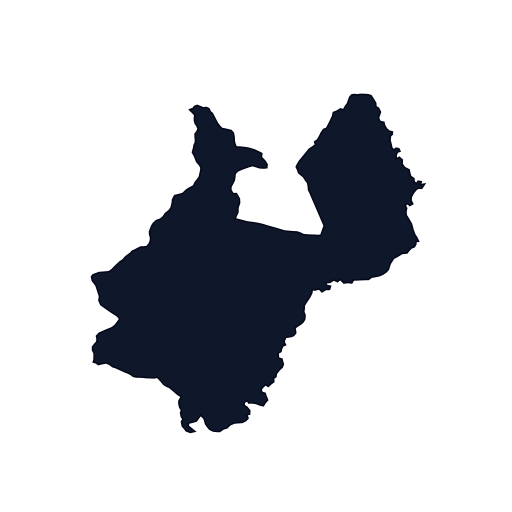 Mogi Guaçu, São Paulo, Brazil, rotated 288°
{"feature_id": "56859067B6849718148142", "entity_name": "Mogi Guaçu", "entity_type": "district", "adm_level": 2, "iso_a3": "BRA", "parent_name": "Brazil", "parent_adm1": "São Paulo", "projection": "mercator", "projection_center": [-47.009, -22.234], "detail": "fine", "context": "isolated", "style": "filled", "palette": "ink", "viewbox_px": 512, "rotation_deg": 288, "n_neighbors": 0, "source": "geoboundaries", "source_scale": "gbopen_adm2", "svg_char_len": 5235}
<svg xmlns="http://www.w3.org/2000/svg" viewBox="0 0 512 512"><g transform="rotate(288 256 256)"><path d="M104.8,134.0L104.9,136.8L104.0,139.6L106.1,143.0L108.0,146.6L107.6,150.7L106.4,153.7L106.5,156.6L106.1,160.2L105.8,162.9L105.3,167.0L105.1,170.8L104.5,173.9L103.6,176.5L103.9,179.5L105.5,184.7L106.4,189.1L107.5,192.8L108.6,196.9L110.2,199.7L107.9,203.8L105.4,207.8L104.6,210.7L104.3,214.1L103.2,217.0L100.1,224.4L99.2,228.3L96.6,227.9L94.0,227.5L91.3,228.5L88.4,230.3L86.2,232.8L83.5,232.7L80.0,234.7L78.4,236.9L75.3,236.3L71.4,238.5L69.6,241.6L68.1,243.6L67.9,248.1L70.3,252.1L73.4,244.1L76.2,243.5L79.0,248.1L80.7,250.4L85.0,251.7L87.4,252.6L85.8,256.1L83.9,257.9L80.7,259.9L78.3,263.1L76.9,265.4L76.3,269.4L77.0,272.8L77.9,275.8L81.4,278.4L83.5,281.5L87.5,283.6L90.5,287.1L93.5,294.4L96.4,297.3L99.3,298.6L102.2,296.2L103.5,298.8L107.0,297.9L109.5,294.0L110.3,290.9L113.2,290.0L115.8,292.7L113.9,294.4L115.0,297.3L115.8,301.6L115.5,305.4L115.8,309.3L119.2,310.1L122.6,311.6L126.0,308.7L128.3,307.1L128.1,304.1L130.5,302.0L133.8,303.3L136.5,304.8L135.7,308.0L139.1,309.8L141.8,311.8L145.3,310.5L147.2,312.3L150.5,311.7L154.9,313.4L158.5,315.4L161.7,315.4L163.9,313.8L166.0,312.6L166.0,308.9L170.5,307.1L172.8,309.3L175.4,309.0L178.7,309.3L180.6,311.6L183.0,309.2L187.7,309.3L190.3,314.4L192.0,316.4L195.1,317.6L199.5,315.4L201.6,316.7L205.3,319.7L207.8,321.2L210.8,321.9L214.8,321.0L217.8,318.6L221.2,318.1L224.0,317.2L229.9,318.8L234.0,319.9L238.1,320.5L241.2,319.9L241.9,322.6L244.2,326.3L242.2,329.9L245.6,332.6L247.0,336.3L250.4,336.2L249.8,332.6L251.9,330.5L253.8,334.6L257.2,337.3L256.8,341.6L259.8,343.2L257.4,348.0L259.2,351.5L259.9,355.4L263.3,356.2L264.9,360.5L266.8,365.5L268.5,370.3L271.7,372.6L272.9,375.1L275.1,379.0L277.8,382.2L281.4,384.9L284.2,386.1L290.1,386.0L296.4,387.7L299.3,390.6L303.5,394.1L305.5,398.7L308.2,399.6L311.5,401.2L313.7,403.8L316.7,404.4L319.1,403.6L320.2,406.1L323.4,403.0L325.2,400.6L329.3,397.3L334.4,394.1L338.8,389.2L341.2,386.3L344.1,385.0L348.0,384.5L350.2,382.2L352.7,383.9L351.5,386.7L354.0,389.0L356.9,386.2L360.0,385.5L363.1,385.9L365.6,386.6L368.5,387.7L370.7,389.4L371.5,392.7L376.6,394.2L374.6,390.1L377.7,390.3L377.3,387.1L374.2,385.9L375.7,383.4L378.5,382.2L379.6,378.4L382.4,376.6L385.3,375.0L385.7,372.3L386.2,369.8L388.6,366.6L392.7,365.4L394.2,361.7L391.7,359.5L395.1,358.1L398.4,358.4L400.2,360.6L402.2,358.6L401.8,355.8L399.5,354.4L400.8,351.8L403.9,350.0L407.5,347.7L411.6,346.8L413.8,348.0L416.2,347.4L415.9,344.4L417.4,340.7L420.1,337.8L422.7,336.3L422.3,332.3L425.3,329.8L431.4,329.9L434.6,326.7L435.0,324.0L438.4,322.6L441.4,319.2L444.1,315.8L444.0,312.6L443.1,309.1L442.0,305.4L440.5,302.3L440.0,299.6L438.8,297.2L436.3,296.1L432.8,295.9L429.4,295.9L426.0,294.7L422.2,294.1L422.0,290.7L418.8,288.2L416.4,285.2L412.8,285.6L407.0,284.9L403.1,284.3L399.2,283.6L397.4,281.2L393.5,280.0L389.2,279.4L385.2,278.4L382.6,276.4L380.2,278.2L377.3,276.1L374.0,273.5L370.3,272.1L366.2,270.5L361.8,268.8L359.3,267.8L356.0,267.1L353.2,266.7L351.0,268.8L348.2,270.9L346.0,276.6L343.1,280.1L341.6,282.4L338.4,284.2L335.0,285.6L333.3,287.4L323.4,296.1L314.6,303.8L305.9,311.5L298.6,311.3L295.9,311.3L294.7,308.8L293.6,304.5L292.6,301.1L291.5,296.9L291.0,294.4L291.5,291.0L291.6,287.9L290.5,283.6L288.6,275.5L288.5,270.8L288.4,265.7L288.1,259.5L288.0,255.6L288.0,252.6L287.5,247.3L286.6,241.8L285.7,237.1L285.0,224.6L288.5,224.9L292.1,225.3L296.4,223.9L301.5,224.0L305.3,222.5L307.7,220.0L309.3,218.0L308.2,214.9L311.0,211.7L314.1,210.8L317.6,211.4L321.5,212.0L324.7,211.4L327.9,210.7L331.4,212.5L334.0,215.4L336.6,218.7L338.9,221.7L340.9,224.7L341.0,228.2L341.0,232.2L342.1,236.4L343.3,239.0L346.5,238.3L349.1,235.2L351.6,230.6L355.3,229.9L355.9,225.9L356.4,221.7L356.3,216.2L355.8,212.4L354.6,206.9L353.6,203.5L355.9,201.5L358.8,199.7L362.7,198.3L366.1,196.4L367.7,193.5L367.3,188.6L366.8,184.1L368.1,181.6L370.4,178.3L373.3,175.3L376.1,172.5L378.1,170.5L379.0,168.1L381.6,165.7L381.9,162.7L380.6,160.2L380.9,156.5L381.1,153.5L379.3,151.3L377.0,150.5L374.6,147.6L372.8,151.2L371.2,154.1L368.6,154.7L365.9,155.5L363.3,157.2L361.8,159.2L359.2,161.6L355.9,161.3L353.3,160.3L350.7,161.2L347.7,162.5L345.3,163.2L342.4,162.9L339.2,163.3L334.9,163.5L332.0,166.6L329.6,168.6L327.3,170.5L325.0,174.3L323.0,176.4L319.7,177.1L317.0,177.3L313.9,177.7L309.8,176.4L307.3,175.4L303.4,174.9L301.1,172.7L298.9,170.6L296.8,169.1L293.0,167.1L291.0,164.3L288.3,159.9L283.9,159.2L280.8,159.9L275.7,160.3L272.4,159.3L268.4,156.6L264.9,155.7L261.6,153.7L258.9,150.2L255.5,148.3L252.5,147.5L249.2,147.3L246.2,147.2L243.7,148.1L240.8,150.1L238.0,150.8L234.6,150.6L231.1,149.1L229.9,146.4L229.0,143.7L226.8,141.3L224.2,138.9L222.6,136.9L220.0,135.8L217.6,134.0L214.6,132.0L211.2,130.6L208.6,128.5L206.0,127.0L202.9,125.3L198.6,123.2L195.6,121.0L193.4,115.8L191.8,111.9L189.6,109.1L187.8,106.8L185.4,105.9L181.9,108.0L179.9,111.0L178.2,113.2L175.4,115.2L172.3,117.4L169.4,119.6L165.2,120.3L161.7,123.5L159.3,131.0L158.2,134.7L157.1,138.9L156.1,142.6L154.0,145.9L150.1,144.6L146.6,143.4L143.3,141.2L140.2,137.5L134.2,130.7L130.6,129.0L127.7,130.6L125.0,131.0L122.2,129.7L119.0,128.6L116.0,129.6L113.6,132.0L110.0,133.2L107.4,134.0L104.8,134.0Z" fill="#0f172a" stroke="#020617" stroke-width="1.5"/></g></svg>